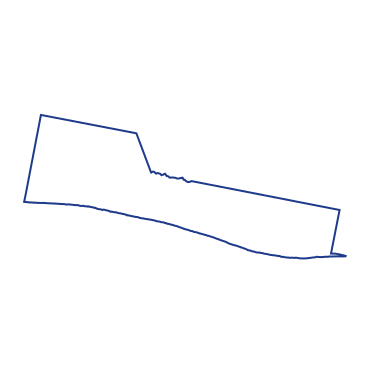 Monte Hermoso, Buenos Aires, Argentina (Albers equal-area conic projection), rotated 11°
{"feature_id": "61730980B48665369642836", "entity_name": "Monte Hermoso", "entity_type": "district", "adm_level": 2, "iso_a3": "ARG", "parent_name": "Argentina", "parent_adm1": "Buenos Aires", "projection": "albers", "projection_center": [-61.254, -38.957], "detail": "fine", "context": "isolated", "style": "outline", "palette": "blue", "viewbox_px": 384, "rotation_deg": 11, "n_neighbors": 0, "source": "geoboundaries", "source_scale": "gbopen_adm2", "svg_char_len": 5885}
<svg xmlns="http://www.w3.org/2000/svg" viewBox="0 0 384 384"><g transform="rotate(11 192 192)"><path d="M29.0,145.2L29.2,226.4L29.1,233.7L29.7,233.7L30.0,233.5L30.7,233.6L31.2,233.4L32.4,233.5L32.6,233.3L34.1,233.3L34.3,233.2L34.7,233.3L35.4,233.1L35.8,232.9L36.4,232.9L37.4,232.7L38.2,232.8L38.7,232.7L39.8,232.4L40.2,232.4L40.3,232.3L40.9,232.3L41.4,232.2L42.5,232.2L42.9,232.0L43.4,232.0L43.6,231.9L44.5,231.8L44.8,231.8L47.0,231.3L47.3,231.3L47.7,231.2L48.7,231.1L48.9,230.9L49.5,230.9L51.3,230.7L51.9,230.7L52.5,230.5L53.9,230.4L54.4,230.2L55.1,230.3L55.6,230.1L56.4,230.0L56.9,229.9L58.8,229.7L59.4,229.6L59.6,229.4L60.7,229.4L61.6,229.2L62.4,229.2L63.3,229.0L63.8,229.0L64.9,228.8L65.6,228.9L65.9,228.7L66.1,228.7L67.0,228.5L67.3,228.5L67.6,228.4L68.7,228.4L69.2,228.2L69.9,228.2L70.5,228.4L71.1,228.3L71.5,228.1L72.0,228.0L72.5,227.8L72.7,227.7L73.2,227.8L73.7,227.6L74.4,227.6L74.9,227.5L75.6,227.5L75.9,227.4L76.6,227.4L76.9,227.3L78.0,227.3L78.5,227.3L78.8,227.2L79.3,227.3L80.1,227.0L80.8,227.1L81.9,226.7L82.5,226.7L83.1,226.9L83.7,226.8L85.1,227.0L86.1,226.8L87.0,226.5L87.6,226.5L87.9,226.3L88.8,226.4L89.5,226.5L90.4,226.2L91.2,226.2L91.8,226.3L92.1,226.3L92.4,226.0L93.3,226.0L93.4,225.9L93.8,226.1L94.0,226.1L94.3,225.9L94.9,226.0L95.4,225.9L95.7,226.0L97.9,226.0L99.1,226.2L99.4,226.0L99.6,226.1L99.8,226.0L101.3,226.3L102.0,226.6L102.7,226.5L103.5,226.6L104.4,226.6L105.3,226.4L106.1,226.5L106.8,226.7L107.1,226.6L107.6,226.7L108.3,226.2L109.9,226.1L110.4,226.2L111.0,226.4L112.1,226.3L113.4,226.3L114.5,226.6L114.8,226.7L115.0,226.7L115.3,226.7L115.5,226.9L116.2,226.6L116.7,226.8L117.3,226.6L118.6,226.7L118.9,226.6L119.9,226.6L120.5,226.7L120.8,226.5L121.3,226.4L122.5,226.5L123.2,226.8L124.2,226.7L125.3,226.7L125.5,226.6L126.4,226.7L126.7,226.6L127.6,226.7L127.9,226.8L128.3,226.7L128.7,226.8L129.0,226.7L129.8,226.8L130.2,226.7L130.7,226.8L131.9,226.9L132.3,227.2L132.5,227.0L133.2,227.2L134.2,227.0L135.0,227.2L135.3,227.1L135.6,227.1L135.9,227.2L136.8,227.1L137.5,227.2L138.2,227.2L138.7,227.1L139.7,227.3L140.5,227.1L141.5,227.3L142.0,227.1L142.7,227.2L143.3,227.0L143.7,227.1L144.7,227.1L145.7,227.5L146.7,227.3L147.6,227.4L148.4,227.4L148.9,227.2L149.7,227.2L150.2,227.3L151.0,227.3L151.3,227.2L152.3,227.3L153.0,227.2L153.3,227.2L154.0,227.1L154.5,227.2L155.2,227.1L155.7,227.2L156.5,227.0L157.5,227.0L158.1,227.1L158.4,227.0L158.9,227.1L160.4,227.1L160.8,227.0L161.6,227.2L162.5,227.5L162.9,227.3L163.9,227.4L164.4,227.3L164.9,227.3L165.1,227.3L166.2,227.3L167.2,227.5L169.4,227.3L170.5,227.3L171.2,227.7L171.9,227.7L172.1,227.5L172.7,227.5L174.0,227.9L174.8,227.9L175.4,227.7L176.4,227.8L176.7,228.0L177.5,228.0L178.3,228.0L178.8,228.1L179.1,228.0L179.5,228.0L180.8,228.3L181.5,228.3L182.0,228.4L182.7,228.3L183.7,228.5L185.2,228.6L185.7,228.8L186.7,229.0L187.8,229.0L188.7,229.2L189.4,229.4L190.2,229.4L190.5,229.6L190.9,229.6L191.0,229.7L191.6,229.6L192.4,229.9L193.0,229.9L193.9,229.8L195.2,230.0L196.6,230.1L198.1,230.5L198.7,230.5L199.5,230.3L200.2,230.4L201.2,230.8L203.5,230.7L206.1,230.9L206.6,231.0L207.0,231.2L207.7,231.3L208.1,231.2L208.9,231.2L209.7,231.4L210.8,231.4L211.9,231.4L212.6,231.6L214.2,231.6L215.8,232.0L216.4,231.9L216.9,231.8L218.7,232.2L219.9,232.2L220.6,232.4L221.6,232.4L222.6,232.7L223.7,232.8L225.4,233.2L226.4,233.2L227.0,233.3L227.3,233.5L228.1,233.5L229.0,233.8L229.8,233.8L231.3,234.1L232.9,234.2L233.9,234.4L234.9,234.5L236.0,234.8L236.1,235.0L236.7,235.2L239.3,235.7L240.7,235.8L241.4,236.0L244.2,236.1L245.1,236.2L245.6,236.3L246.7,236.3L248.5,236.7L249.5,236.7L250.0,236.8L250.2,237.0L250.9,237.0L252.7,237.2L253.5,237.5L255.0,237.5L255.6,237.6L256.2,237.9L257.1,238.1L257.4,238.3L257.5,238.3L257.9,238.3L258.0,238.4L258.7,238.3L259.4,238.5L259.8,238.5L260.4,238.4L261.0,238.4L261.4,238.6L262.2,238.8L262.5,238.8L262.8,238.7L263.9,238.7L264.7,238.6L265.5,238.9L267.1,239.0L268.9,238.8L269.2,238.6L270.4,238.6L270.6,238.7L271.9,238.7L273.0,238.5L274.4,238.8L275.8,238.7L276.4,238.6L278.8,238.7L280.3,238.7L280.8,238.8L281.3,238.8L281.7,238.7L283.8,238.6L284.0,238.5L285.2,238.5L285.7,238.4L288.3,238.4L288.5,238.3L288.9,238.4L289.5,238.3L289.9,238.1L290.4,238.2L290.7,238.3L291.3,238.3L291.8,238.6L292.7,238.6L293.2,238.5L293.7,238.2L295.0,238.3L295.7,238.4L296.8,238.2L297.8,238.2L298.7,238.0L300.7,237.9L301.7,237.7L301.9,237.6L302.5,237.4L305.4,237.1L306.0,236.9L306.5,236.6L307.8,236.6L309.2,236.6L309.3,236.6L309.8,236.5L311.0,236.5L311.5,236.4L312.7,236.2L313.4,236.0L314.0,236.0L315.1,235.7L316.0,235.6L316.5,235.4L318.2,234.9L319.4,234.5L321.6,233.8L322.8,233.3L325.4,232.6L325.9,232.3L326.0,232.2L326.7,231.8L327.9,231.7L329.0,231.6L330.0,231.5L330.2,231.4L331.2,231.3L331.4,231.2L332.4,231.0L333.1,230.7L334.1,230.5L334.5,230.3L334.9,230.3L335.5,230.0L335.8,230.0L336.0,230.0L336.3,229.9L336.8,229.9L337.1,229.8L337.6,229.6L337.9,229.7L338.2,229.4L340.4,228.8L341.5,228.7L342.1,228.5L342.6,228.4L342.8,228.3L344.3,228.1L344.7,227.9L345.1,227.9L345.5,227.8L346.2,227.6L346.5,227.5L347.3,227.4L348.3,227.2L349.8,227.0L350.3,226.8L350.7,226.8L351.1,226.6L352.0,226.4L352.7,226.5L353.1,226.3L353.4,226.2L353.6,226.2L354.1,226.0L354.5,226.0L355.0,225.8L355.0,225.4L349.0,225.1L344.3,225.2L340.2,225.9L340.3,181.5L189.3,181.4L188.7,182.0L187.8,182.5L186.5,183.0L184.9,182.8L183.4,182.1L182.6,181.4L181.4,181.5L180.3,180.0L179.7,179.7L178.9,180.4L178.3,180.4L176.7,181.2L176.1,181.4L174.3,181.6L173.3,181.2L171.6,181.4L171.0,181.3L170.3,181.4L169.3,181.7L168.8,181.7L168.2,182.0L167.5,182.1L167.0,182.1L166.1,181.3L165.6,181.2L164.9,181.0L164.0,181.1L163.2,180.1L162.0,179.2L161.3,179.6L160.8,180.3L160.5,180.5L159.9,180.7L159.4,181.0L159.0,181.3L158.4,181.1L157.7,180.4L157.2,180.2L156.6,180.1L154.5,180.0L153.7,180.4L153.4,180.8L152.6,180.6L151.7,179.8L151.3,179.5L150.5,179.4L149.9,179.4L149.6,179.5L148.2,180.7L147.8,180.2L126.2,145.0L29.0,145.2Z" fill="none" stroke="#1e3a8a" stroke-width="2"/></g></svg>